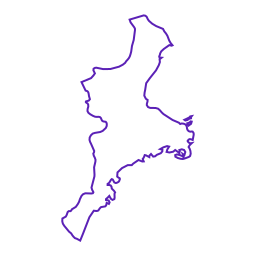 the Prefecture of Mie
{"feature_id": "JPN-1843", "entity_name": "Mie", "entity_type": "Prefecture", "adm_level": 1, "iso_a3": "JPN", "parent_name": "Japan", "parent_adm1": "", "projection": "robinson", "projection_center": [136.438, 34.459], "detail": "fine", "context": "isolated", "style": "outline", "palette": "violet", "viewbox_px": 256, "rotation_deg": 0, "n_neighbors": 0, "source": "natural_earth", "source_scale": "10m", "svg_char_len": 3716}
<svg xmlns="http://www.w3.org/2000/svg" viewBox="0 0 256 256"><path d="M172.5,45.3L171.6,45.7L169.3,45.1L163.9,48.9L161.2,51.4L160.1,53.6L160.0,54.5L159.4,55.9L159.2,56.6L159.5,57.5L161.6,57.7L159.6,59.3L159.9,62.0L158.8,65.2L156.0,70.4L149.8,78.2L146.2,83.2L145.2,89.7L144.6,92.6L144.3,95.6L144.6,96.3L145.8,98.6L146.3,99.1L147.6,99.9L147.5,101.6L146.9,103.6L146.8,105.1L148.1,107.1L150.2,107.9L155.6,108.0L158.1,108.7L160.0,110.4L161.7,112.4L163.5,114.1L172.6,120.0L178.9,122.7L180.2,124.0L181.5,123.5L183.2,123.6L184.8,124.1L186.0,125.0L186.8,126.7L187.0,128.3L187.4,129.7L188.6,131.1L190.2,131.7L191.5,131.5L192.6,131.6L193.6,133.1L193.7,134.7L192.7,140.0L191.2,139.3L189.8,139.1L188.6,139.6L187.6,141.0L188.2,142.0L189.1,142.8L190.3,143.3L191.8,143.1L189.9,144.9L189.2,145.9L188.6,147.0L189.6,148.6L190.4,151.0L190.7,153.7L190.1,156.0L188.9,156.9L184.7,158.5L182.8,159.0L180.7,158.8L177.8,158.0L175.4,156.7L175.2,155.1L177.0,154.4L179.6,155.0L182.1,156.0L183.5,157.1L183.3,156.1L183.1,154.7L182.8,154.0L184.4,155.1L185.3,152.0L184.1,150.0L181.8,149.3L179.4,150.0L179.7,151.0L179.6,151.4L179.5,151.9L179.4,153.0L175.2,150.0L173.2,151.7L169.4,152.5L166.6,151.9L167.3,149.5L169.1,146.6L167.1,146.1L163.4,147.3L160.2,149.1L162.4,149.7L162.3,151.4L160.8,153.2L156.9,154.8L155.1,156.3L153.2,156.6L151.0,154.0L150.2,154.9L149.7,155.3L149.4,155.8L149.3,157.1L145.9,155.3L144.7,155.1L144.1,156.8L143.4,158.1L142.7,159.0L143.7,161.4L142.3,161.5L138.5,160.0L133.1,163.7L131.8,165.1L127.8,165.1L122.0,168.1L117.5,172.4L117.2,176.6L118.6,177.7L119.6,178.2L119.9,179.0L119.2,181.0L118.6,181.8L117.6,182.4L116.5,182.9L115.6,183.0L114.3,182.4L112.8,179.6L111.8,179.1L111.0,179.8L109.1,182.9L107.6,183.9L107.6,185.0L109.4,185.0L110.7,185.5L111.5,186.7L111.8,188.6L114.0,190.8L115.1,192.4L114.7,193.1L114.5,193.9L114.6,197.8L114.3,199.1L112.5,199.9L111.1,199.0L110.1,197.4L109.3,195.9L107.7,197.6L106.0,199.1L106.0,200.0L108.7,200.5L109.6,202.4L108.9,203.9L106.7,202.9L106.1,205.5L105.2,206.4L101.1,207.1L100.6,207.5L99.6,208.6L98.4,210.4L97.7,210.8L96.3,211.0L93.8,210.7L89.4,217.2L83.0,233.7L80.2,240.6L76.9,238.8L74.9,238.1L73.4,236.6L72.3,235.2L71.2,233.4L69.1,231.7L64.3,225.9L62.9,223.7L62.3,221.5L62.3,220.4L62.4,218.5L65.8,216.6L66.7,214.9L67.7,212.0L68.8,211.1L70.6,211.1L71.3,210.4L71.9,209.3L75.8,206.9L77.8,204.1L79.1,201.7L79.9,199.2L81.5,195.9L83.1,194.2L85.3,193.3L91.6,193.5L92.9,193.2L93.4,192.2L92.1,189.7L91.5,187.6L94.4,176.5L94.5,174.7L94.1,167.3L95.4,161.6L95.5,159.7L94.8,157.7L93.8,155.7L93.3,153.6L94.0,152.3L94.2,151.0L91.0,143.7L90.1,141.9L89.5,139.9L89.7,137.5L90.9,135.3L92.7,133.6L94.9,132.9L100.2,132.0L102.7,130.9L105.8,128.0L106.7,126.0L106.8,124.0L106.4,122.6L105.7,121.8L103.2,121.4L102.0,120.6L100.8,117.9L99.8,117.0L98.4,116.8L96.8,116.9L95.0,116.7L92.9,115.8L90.3,114.3L88.4,112.8L87.5,111.1L87.6,109.0L88.3,106.6L88.2,104.6L87.6,103.5L86.1,102.5L85.8,102.0L86.0,101.4L88.8,100.6L89.9,99.2L89.0,96.1L88.7,94.0L88.3,92.4L87.8,91.6L87.2,91.1L85.6,90.6L81.5,82.1L91.1,78.1L93.5,75.4L94.9,73.4L93.4,70.3L93.6,68.7L94.9,67.9L96.3,67.7L103.1,69.1L110.4,69.0L119.0,66.7L122.8,64.7L125.2,62.8L126.1,61.3L127.5,59.8L128.8,58.2L129.8,56.4L130.6,53.9L131.2,51.6L132.0,45.9L133.7,40.0L135.0,29.9L134.9,28.5L134.1,27.1L130.6,22.4L129.6,19.6L143.7,15.4L145.3,15.7L146.6,16.7L147.9,19.4L149.0,20.9L152.2,23.7L156.2,26.1L163.0,28.9L164.3,31.4L166.0,33.5L167.4,35.8L169.2,40.5L170.6,43.0L172.5,45.3ZM189.4,117.4L190.2,116.4L191.8,116.1L190.9,117.3L191.0,118.3L189.3,118.7L187.4,120.0L185.3,120.5L184.4,119.8L186.4,118.9L189.4,117.4ZM189.6,122.5L190.5,121.4L191.7,121.6L191.4,122.8L190.9,124.0L189.5,124.9L188.6,125.6L187.9,124.4L187.3,123.3L189.6,122.5Z" fill="none" stroke="#5b21b6" stroke-width="2"/></svg>